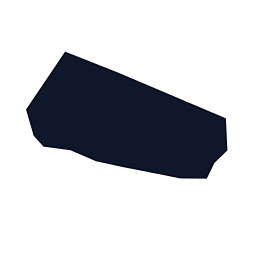 SVG path tracing the border of Bukomansimbi, rotated 124°
{"feature_id": "UGA-5619", "entity_name": "Bukomansimbi", "entity_type": "District", "adm_level": 1, "iso_a3": "UGA", "parent_name": "Uganda", "parent_adm1": "", "projection": "mercator", "projection_center": [31.658, -0.106], "detail": "fine", "context": "isolated", "style": "filled", "palette": "ink", "viewbox_px": 256, "rotation_deg": 124, "n_neighbors": 0, "source": "natural_earth", "source_scale": "10m", "svg_char_len": 352}
<svg xmlns="http://www.w3.org/2000/svg" viewBox="0 0 256 256"><g transform="rotate(124 128 128)"><path d="M100.5,222.1L88.4,167.1L74.7,96.6L66.1,52.6L91.1,33.9L108.6,37.6L125.6,35.2L140.0,57.0L148.6,77.7L162.4,110.3L172.7,136.1L177.9,163.6L189.9,187.7L186.5,201.5L169.3,222.1L100.5,222.1Z" fill="#0f172a" stroke="#020617" stroke-width="1.5"/></g></svg>